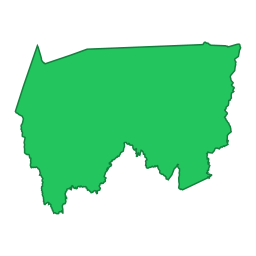 outline of Aveiro, Pará, Brazil
{"feature_id": "56859067B38490722254751", "entity_name": "Aveiro", "entity_type": "district", "adm_level": 2, "iso_a3": "BRA", "parent_name": "Brazil", "parent_adm1": "Pará", "projection": "equal_earth", "projection_center": [-55.979, -3.763], "detail": "fine", "context": "isolated", "style": "filled", "palette": "green", "viewbox_px": 256, "rotation_deg": 0, "n_neighbors": 0, "source": "geoboundaries", "source_scale": "gbopen_adm2", "svg_char_len": 5870}
<svg xmlns="http://www.w3.org/2000/svg" viewBox="0 0 256 256"><path d="M23.5,86.1L15.4,111.4L16.2,112.8L17.6,113.3L18.8,114.5L22.2,116.2L23.4,118.8L22.6,122.7L21.8,124.5L21.2,125.2L21.1,126.3L21.5,128.0L21.0,129.1L21.6,129.7L21.7,131.3L22.3,132.0L22.5,132.8L22.2,135.0L22.4,136.4L24.8,137.3L25.1,137.7L24.1,142.6L24.6,144.5L24.5,145.8L24.2,146.9L24.6,148.7L24.6,152.7L25.4,153.6L27.2,154.7L27.8,154.4L28.8,154.6L29.1,154.9L29.7,157.9L30.9,158.3L30.6,160.9L30.9,162.9L30.5,163.9L30.4,165.5L31.0,167.4L31.3,167.7L31.9,167.1L33.1,167.6L33.9,167.2L35.2,167.5L36.4,167.0L37.6,167.8L38.1,168.7L39.3,169.4L40.1,172.5L40.4,172.9L39.6,175.1L41.2,175.4L41.3,176.2L42.9,178.6L42.1,180.1L42.2,181.2L43.0,182.1L42.9,182.8L42.4,183.5L42.5,186.2L41.7,186.7L41.5,188.7L41.8,189.2L41.6,190.4L42.3,191.3L42.4,192.0L42.2,192.5L42.7,193.2L42.3,194.3L42.4,195.0L43.5,197.4L43.4,198.0L43.7,200.2L43.5,201.3L43.9,201.6L44.1,203.7L44.4,204.4L45.1,204.5L45.6,203.7L47.9,202.3L48.9,202.8L48.7,203.4L48.8,203.8L48.7,204.4L49.9,203.9L50.8,204.5L51.0,205.0L50.7,206.1L51.5,207.4L51.5,207.9L51.9,208.0L52.4,210.1L52.9,210.3L53.1,211.6L53.7,212.5L53.8,213.2L55.0,212.7L56.3,213.6L58.2,213.7L58.9,213.1L58.9,212.3L59.4,211.8L60.9,211.8L61.7,211.0L62.2,211.7L62.2,212.3L62.5,213.0L62.9,213.0L62.8,209.3L62.4,207.0L62.4,205.6L63.3,204.1L63.8,203.8L64.5,203.9L65.1,203.6L65.1,203.1L65.5,202.9L65.9,201.4L65.5,199.6L65.6,198.2L65.9,198.1L66.6,198.4L66.6,197.9L66.5,197.4L65.7,197.3L65.4,196.9L65.8,196.6L65.8,196.1L65.3,195.2L65.1,193.3L65.5,193.0L65.8,192.3L65.6,191.8L66.9,190.6L66.8,189.4L67.4,188.9L68.2,188.9L70.2,187.8L70.1,189.2L71.2,189.7L71.8,187.7L71.6,186.2L72.2,185.7L72.6,185.8L74.0,188.1L75.1,188.5L75.5,187.6L76.7,188.7L77.0,188.5L77.4,187.6L77.3,187.1L78.2,186.4L79.0,186.3L80.0,187.0L80.5,186.2L81.3,186.2L82.3,187.1L83.1,186.9L83.4,186.6L84.0,186.8L85.3,186.6L86.1,187.0L86.2,188.0L86.9,188.1L87.5,190.1L88.2,189.7L90.6,191.8L91.1,192.7L92.8,192.3L93.1,191.6L94.8,190.6L96.0,190.9L96.0,192.4L96.8,193.6L97.3,193.4L97.3,191.3L97.9,190.6L99.7,190.1L100.3,188.2L99.2,186.3L99.2,185.8L99.9,185.1L99.9,184.2L101.2,183.0L101.6,183.1L101.8,183.6L103.3,183.2L103.7,182.2L104.5,182.0L105.3,181.3L105.4,180.8L105.0,179.3L105.9,178.3L105.9,177.8L104.3,176.9L104.2,176.4L105.2,173.7L105.3,172.6L107.2,170.6L107.3,170.2L106.7,169.8L107.4,168.2L108.0,169.1L109.3,166.9L111.1,165.9L111.5,165.0L111.4,164.5L111.0,164.7L110.7,163.7L109.6,164.1L109.3,163.8L109.4,162.8L109.8,162.8L110.4,162.1L111.9,161.4L111.9,160.4L112.2,160.2L112.5,160.4L113.5,159.5L114.3,159.5L116.1,157.6L117.3,157.1L117.2,156.6L117.5,156.2L118.2,156.4L119.3,156.0L119.8,154.4L120.4,153.8L120.6,152.7L123.3,151.1L123.8,148.0L124.5,146.6L124.4,144.1L124.1,143.2L124.3,142.7L124.7,142.5L126.3,142.5L127.0,143.8L128.2,144.3L128.7,143.5L129.1,143.5L129.4,143.7L130.0,145.1L132.4,145.2L132.9,146.1L132.9,147.8L133.8,149.6L134.6,150.0L134.8,149.5L136.2,148.7L136.5,149.1L135.9,151.0L136.7,152.7L136.0,153.1L135.9,153.6L136.7,154.0L137.1,153.8L137.2,154.4L136.4,156.1L136.7,156.4L137.4,156.2L138.5,153.6L138.9,154.7L139.7,155.2L139.7,154.3L140.2,154.1L140.1,153.1L140.7,152.1L141.1,150.3L141.9,150.6L143.1,152.1L143.5,154.3L144.7,154.2L145.0,157.1L146.3,157.8L147.0,159.8L146.3,160.1L145.6,161.2L146.0,162.8L145.6,165.4L146.3,165.8L146.2,166.8L146.6,167.8L147.9,168.2L149.7,167.3L150.8,167.3L152.2,166.3L152.7,166.8L153.8,167.0L154.3,166.7L154.7,166.0L155.3,166.0L155.5,166.5L156.1,166.0L156.8,166.2L157.3,165.7L157.7,166.0L158.0,167.8L158.7,169.3L159.8,170.6L159.7,172.5L160.3,173.4L162.0,174.3L163.0,174.3L164.3,175.8L165.0,175.9L166.1,177.1L166.0,178.0L166.3,179.0L167.6,179.2L168.2,179.8L171.9,174.8L174.1,169.0L176.7,166.4L177.5,164.5L177.8,164.4L178.2,164.6L177.5,165.5L177.5,166.3L178.7,168.3L179.4,168.6L179.5,169.5L179.5,171.1L179.1,173.1L179.4,173.6L179.4,175.4L178.7,177.8L178.9,182.0L179.3,184.1L178.7,187.8L179.5,188.9L180.3,188.9L180.9,189.5L181.5,189.2L182.6,189.8L207.8,177.8L207.8,177.1L208.1,176.8L208.7,177.4L209.1,178.2L209.4,178.0L209.7,176.5L210.5,176.2L211.6,175.2L211.5,174.8L211.1,174.8L210.0,175.2L209.7,174.2L208.0,174.1L207.3,173.2L206.7,173.2L206.7,172.7L207.0,172.5L207.9,172.4L207.5,171.3L207.5,170.4L208.4,170.3L208.7,170.0L208.6,168.5L209.8,165.5L208.2,164.0L208.9,163.6L209.2,162.9L208.8,162.7L208.2,162.8L207.9,162.3L208.1,161.8L208.5,161.7L208.4,160.7L208.7,159.6L208.5,158.5L208.1,158.4L207.3,158.9L206.9,156.2L207.4,154.9L206.7,153.6L207.1,153.2L207.6,153.2L208.0,152.1L209.6,152.7L212.3,153.0L214.2,150.8L215.1,148.6L215.6,148.2L217.2,148.1L219.3,148.9L219.8,148.0L220.7,147.7L221.1,146.8L222.4,147.1L223.4,146.0L224.5,146.4L224.9,145.8L225.9,145.6L227.9,144.4L227.5,143.8L227.6,142.7L228.2,140.7L227.9,140.4L227.2,142.0L226.9,142.0L226.8,140.9L227.3,138.3L227.3,135.6L228.7,133.7L230.9,132.1L231.2,131.4L230.8,130.5L230.8,129.0L230.2,126.4L229.0,124.4L228.8,123.3L227.6,122.2L226.9,120.8L226.1,120.0L225.6,118.4L224.6,117.5L224.6,117.0L225.7,116.2L226.4,114.7L227.2,114.0L227.3,113.5L227.0,112.6L225.6,111.4L225.2,110.4L224.8,110.3L224.8,109.8L226.0,108.8L226.1,107.1L228.2,105.4L228.6,103.8L228.8,100.5L230.0,100.3L230.4,99.3L231.4,98.0L231.2,95.9L231.5,93.1L233.5,91.8L233.8,91.4L232.9,90.8L232.8,90.3L233.4,89.6L233.5,88.6L234.2,88.0L234.0,87.3L233.1,86.9L231.6,85.3L231.6,84.7L232.8,83.6L233.1,82.7L231.6,81.1L230.9,79.8L230.7,78.2L230.2,76.9L230.7,75.4L234.7,70.6L235.1,67.1L235.7,64.8L235.5,62.8L235.9,62.4L235.8,61.7L234.9,60.6L234.7,59.3L235.0,58.8L238.4,56.4L239.6,49.9L240.4,48.6L240.6,47.6L240.1,46.6L239.8,44.8L239.1,44.1L237.1,44.3L228.9,46.7L228.4,46.6L227.7,46.8L227.1,46.1L226.3,46.2L225.6,45.8L210.3,45.2L209.8,44.4L209.2,44.4L207.9,43.1L206.5,43.2L205.6,42.3L204.6,42.3L204.3,42.4L203.0,44.5L201.0,44.7L87.1,49.2L68.8,55.8L45.1,63.8L44.5,63.1L44.1,63.2L42.5,61.6L41.5,60.0L41.5,59.0L40.9,56.6L38.1,47.1L37.4,45.7L23.5,86.1Z" fill="#22c55e" stroke="#15803d" stroke-width="1.5"/></svg>